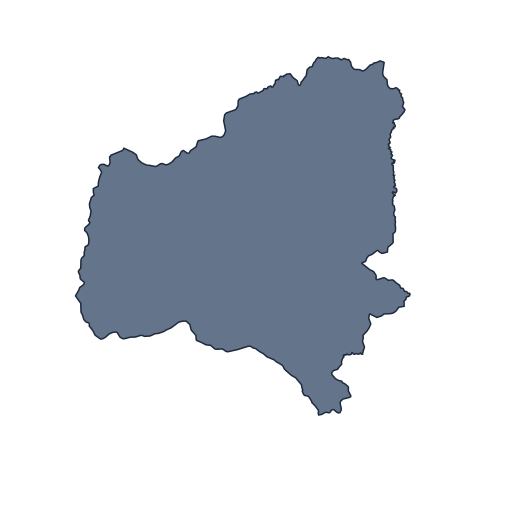 Song Khwae, Nan, Thailand (Robinson projection), rotated 254°
{"feature_id": "78962969B31957869244810", "entity_name": "Song Khwae", "entity_type": "district", "adm_level": 2, "iso_a3": "THA", "parent_name": "Thailand", "parent_adm1": "Nan", "projection": "robinson", "projection_center": [100.667, 19.412], "detail": "fine", "context": "isolated", "style": "filled", "palette": "slate", "viewbox_px": 512, "rotation_deg": 254, "n_neighbors": 0, "source": "geoboundaries", "source_scale": "gbopen_adm2", "svg_char_len": 6092}
<svg xmlns="http://www.w3.org/2000/svg" viewBox="0 0 512 512"><g transform="rotate(254 256 256)"><path d="M85.9,272.4L85.6,275.7L86.4,278.4L86.5,280.1L85.1,283.1L85.6,284.5L87.0,286.0L87.2,287.5L86.9,288.3L83.2,290.9L82.3,292.3L82.3,293.5L84.4,295.4L86.3,296.0L91.2,296.2L93.0,297.2L94.5,300.1L94.3,307.1L94.7,308.3L95.5,308.6L100.9,307.6L104.3,308.6L105.4,308.4L108.9,306.0L110.2,304.4L112.1,303.8L113.8,300.8L116.1,298.6L120.6,296.5L122.6,296.4L123.7,297.5L124.5,299.2L124.6,303.3L126.5,305.5L128.2,308.4L131.1,309.2L133.8,311.1L134.7,312.6L135.8,312.7L136.0,313.1L136.3,312.7L136.7,313.5L136.1,314.8L136.4,314.9L136.4,315.8L136.8,316.2L135.5,317.5L135.2,319.7L135.5,320.8L136.7,321.5L136.2,322.2L134.5,323.0L134.4,324.3L134.7,325.4L133.6,326.7L133.3,327.8L134.0,329.5L132.4,330.4L132.3,331.5L133.6,331.7L134.2,332.6L135.4,332.8L136.3,333.8L138.7,335.2L144.3,334.8L148.1,336.7L150.2,336.9L153.3,342.1L155.8,345.0L159.1,347.6L165.2,347.2L168.8,349.0L168.6,349.8L163.6,355.3L163.8,360.1L165.0,363.2L163.5,369.4L163.4,372.2L164.3,375.1L167.4,379.1L166.8,384.5L171.8,385.9L173.1,388.3L175.0,389.0L175.2,392.2L176.6,393.5L177.8,393.4L178.4,391.7L180.2,391.0L181.2,389.0L184.2,388.5L185.4,386.2L188.4,386.0L191.4,383.4L194.7,381.5L195.5,380.3L196.2,376.4L198.7,374.4L199.9,373.0L199.8,366.0L200.1,365.4L201.0,365.0L202.6,365.8L204.7,366.0L208.4,364.8L209.7,363.7L211.2,361.8L219.4,356.0L220.1,355.9L220.6,359.8L223.6,362.1L225.1,364.1L225.6,368.0L227.9,373.9L227.8,374.7L225.6,375.9L223.9,377.7L223.6,379.2L223.6,383.4L227.3,384.8L228.2,385.5L230.3,390.3L231.3,391.6L239.6,393.8L240.7,396.1L241.8,397.0L244.5,397.9L248.1,398.5L250.5,399.5L253.9,400.0L254.9,400.8L256.1,400.1L257.5,399.9L259.4,400.2L262.1,402.2L266.0,402.6L267.8,401.4L269.0,402.0L270.4,402.0L271.1,402.8L272.4,402.7L275.4,404.5L275.8,406.5L276.4,406.5L277.7,405.2L279.6,404.6L279.9,405.0L279.8,405.7L278.0,407.6L279.4,409.1L280.6,409.6L282.3,409.4L283.7,407.6L284.5,407.4L284.8,407.7L285.0,409.1L285.4,409.5L286.7,409.3L287.3,409.6L288.8,409.1L290.7,410.5L292.3,409.7L293.4,410.6L294.7,410.5L295.3,411.3L295.6,410.3L296.0,410.3L298.8,411.7L300.0,411.4L304.7,412.8L305.5,412.8L306.1,411.9L306.6,411.9L307.9,412.8L307.2,413.7L307.2,414.1L309.1,414.5L309.2,415.0L308.5,415.3L309.7,416.0L311.3,413.7L313.0,412.7L314.9,414.9L316.1,414.6L316.8,413.8L318.5,415.3L319.6,414.3L321.0,414.8L322.7,413.2L323.1,414.9L325.1,413.8L326.0,414.4L327.0,414.0L327.8,416.2L331.4,416.0L333.1,418.2L336.2,418.6L338.0,420.4L339.5,421.1L340.2,422.2L340.6,423.7L341.8,423.6L341.8,425.2L342.3,425.6L343.1,425.8L344.8,425.3L345.8,425.6L346.1,424.3L346.4,424.1L347.0,424.8L348.7,425.4L349.1,428.1L348.6,429.6L349.0,431.9L350.3,432.5L351.2,434.4L353.4,437.6L355.3,439.4L356.4,439.3L359.1,437.9L362.8,440.3L365.6,440.1L367.7,440.5L368.9,439.7L370.0,439.6L371.6,440.5L372.8,439.4L374.1,439.2L375.9,439.7L375.9,438.9L377.4,438.6L378.5,437.8L379.2,436.9L378.9,434.1L380.0,431.1L382.5,429.7L384.6,429.6L389.3,430.5L393.0,428.4L395.1,427.9L397.6,428.4L406.7,432.5L407.4,431.9L409.4,429.0L408.8,426.0L409.0,422.2L408.1,420.8L408.1,418.3L405.1,413.0L404.4,410.3L404.5,409.4L406.6,407.0L408.2,402.3L408.8,401.6L411.7,400.2L414.3,400.1L416.0,400.4L419.3,399.3L419.6,397.7L421.6,395.2L421.1,391.9L423.7,389.4L424.5,386.3L424.6,384.1L426.5,381.4L427.7,380.4L426.9,378.4L426.9,377.1L428.7,373.6L428.7,372.0L429.7,370.9L429.6,369.9L428.2,367.8L426.8,366.6L425.8,364.7L422.4,362.0L422.8,359.8L421.1,356.6L415.2,353.8L414.5,352.4L411.4,348.7L410.9,347.5L408.5,346.0L408.0,345.1L408.0,344.5L408.9,344.0L413.2,343.9L417.6,340.6L421.6,339.2L422.0,338.6L422.0,337.0L422.5,335.6L421.7,334.0L421.7,332.6L420.8,332.1L422.0,329.1L421.4,328.1L419.3,326.4L419.9,325.0L419.3,324.2L419.5,323.2L416.5,321.9L415.2,320.0L414.0,319.3L413.9,317.8L415.4,317.0L415.3,315.0L414.9,313.7L413.9,313.2L413.9,311.6L414.5,310.8L414.6,309.8L414.3,309.3L413.2,308.7L412.0,303.3L412.2,302.7L413.4,301.9L413.6,300.1L412.8,299.0L413.3,294.6L412.1,290.2L411.5,283.4L410.2,281.7L405.3,280.1L402.3,276.9L401.7,267.0L400.4,264.8L394.9,262.2L384.6,261.3L381.3,258.8L380.4,257.4L379.8,255.6L379.8,254.4L382.5,249.5L383.4,246.4L382.3,240.3L382.7,232.4L382.1,231.5L377.4,228.5L375.3,222.1L373.4,220.0L373.6,218.4L377.4,215.4L377.3,213.8L376.6,212.6L373.2,209.6L372.5,205.8L369.5,201.1L368.3,196.8L368.5,194.4L370.9,191.1L370.9,189.1L369.8,185.8L369.8,183.9L372.4,178.9L373.6,175.8L377.0,171.9L380.5,169.6L381.6,169.1L386.3,168.8L389.7,166.1L396.0,158.8L394.6,157.3L394.1,155.8L392.9,144.3L392.2,143.8L391.7,142.6L386.1,141.5L384.0,140.0L383.2,138.2L386.0,135.2L386.7,132.5L386.3,130.9L384.3,128.9L382.3,130.0L379.0,130.7L375.3,127.7L370.3,124.8L366.7,123.6L365.6,118.2L362.0,117.2L359.2,117.2L357.6,113.8L352.0,110.2L348.1,109.5L345.1,109.9L340.3,107.8L336.7,104.9L335.8,104.8L334.3,105.5L333.7,105.4L332.5,104.0L330.5,99.8L329.6,98.8L327.6,98.4L324.9,99.9L321.3,100.3L318.4,100.0L314.4,98.8L312.7,97.4L312.1,94.7L311.5,94.0L308.9,93.1L306.7,91.7L303.8,91.1L302.0,87.8L300.3,86.6L292.7,84.2L290.5,81.1L288.9,80.9L286.0,81.4L282.7,80.8L281.2,81.5L278.4,83.5L277.2,83.5L275.8,81.9L274.3,77.9L271.7,75.9L267.4,71.5L258.8,74.5L250.2,72.3L247.3,72.9L242.2,73.0L239.6,74.3L237.5,77.0L236.5,77.1L234.7,76.4L229.1,78.6L224.1,79.6L218.9,83.8L218.7,85.6L219.3,88.7L221.6,93.5L222.0,97.0L221.8,99.7L220.9,101.4L215.3,103.0L213.2,105.2L212.7,107.0L212.6,112.9L211.3,117.9L211.5,122.8L211.1,124.6L209.5,126.6L208.3,132.2L209.1,137.3L208.5,141.2L208.8,146.5L209.7,149.7L210.3,154.5L213.7,163.3L213.6,167.4L212.8,170.4L212.7,170.8L208.4,173.5L202.7,173.3L196.2,176.4L192.5,175.5L191.2,175.6L188.4,179.2L184.4,183.4L182.6,187.8L178.0,190.8L177.1,192.8L176.1,197.5L175.4,198.6L172.6,200.8L171.7,202.5L171.1,212.7L171.4,223.6L170.9,225.7L168.4,227.9L167.1,230.1L163.0,233.2L160.3,236.0L156.1,238.7L151.1,244.9L148.8,246.3L144.2,250.8L142.6,251.6L139.7,252.1L137.6,253.2L131.3,257.3L128.1,260.5L119.8,264.2L116.4,263.8L114.4,264.1L113.5,263.2L109.9,263.6L108.6,264.2L107.2,267.1L105.9,268.0L101.2,269.4L99.5,269.4L96.2,271.3L90.7,273.4L88.9,273.1L88.1,272.5L85.9,272.4Z" fill="#64748b" stroke="#1e293b" stroke-width="1.5"/></g></svg>